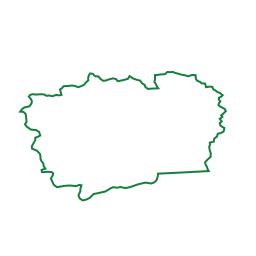 Deputado Irapuan Pinheiro, Ceará, Brazil (Equal Earth projection), rotated 75°
{"feature_id": "56859067B95379226813402", "entity_name": "Deputado Irapuan Pinheiro", "entity_type": "district", "adm_level": 2, "iso_a3": "BRA", "parent_name": "Brazil", "parent_adm1": "Ceará", "projection": "equal_earth", "projection_center": [-39.279, -5.882], "detail": "fine", "context": "isolated", "style": "outline", "palette": "green", "viewbox_px": 256, "rotation_deg": 75, "n_neighbors": 0, "source": "geoboundaries", "source_scale": "gbopen_adm2", "svg_char_len": 2532}
<svg xmlns="http://www.w3.org/2000/svg" viewBox="0 0 256 256"><g transform="rotate(75 128 128)"><path d="M186.3,190.3L186.3,186.7L185.5,182.8L184.0,180.3L182.9,178.3L183.2,173.5L183.3,169.7L183.5,166.6L182.8,163.8L181.8,160.6L181.3,157.5L182.8,154.4L183.1,150.5L185.4,146.0L185.6,141.0L185.3,136.9L185.0,132.6L185.1,130.2L185.3,125.1L187.6,120.1L187.4,117.2L186.4,114.8L184.8,113.2L182.2,111.7L179.9,110.8L183.9,92.3L190.5,61.2L188.4,61.7L185.6,61.9L182.9,62.6L181.1,62.4L179.0,59.2L177.3,55.7L173.8,54.6L170.7,54.8L167.3,54.5L165.3,53.1L163.3,52.8L163.4,48.7L160.6,47.4L159.2,44.2L156.8,42.8L156.9,39.5L156.1,36.6L154.5,35.6L152.9,34.9L151.4,36.6L149.5,38.1L147.0,38.1L145.9,35.8L142.9,37.0L141.7,34.0L139.9,34.7L138.7,32.0L136.9,29.1L134.7,29.6L132.9,31.5L130.8,33.8L129.2,34.7L127.4,33.5L126.1,32.0L124.1,32.9L122.3,32.3L121.9,30.0L120.8,28.1L118.0,30.1L116.3,32.4L114.6,33.6L112.8,35.6L110.1,35.9L109.1,38.6L108.8,42.1L106.7,42.0L104.9,42.2L104.0,45.2L102.2,46.4L100.2,49.0L98.5,49.6L96.7,49.6L94.5,49.0L93.3,52.5L93.7,56.2L91.7,59.6L89.9,63.4L88.5,65.5L87.1,68.1L85.6,69.9L84.9,73.1L84.1,75.6L85.6,78.4L84.6,83.0L84.4,86.1L83.9,88.3L87.4,89.1L90.3,90.5L92.9,89.7L95.2,89.3L97.5,88.5L96.9,91.3L96.3,93.8L95.4,98.7L92.7,100.7L90.7,100.7L88.9,102.5L87.3,103.4L85.4,103.9L83.8,106.9L81.3,110.5L79.8,111.7L78.3,113.1L80.5,115.4L80.5,118.5L80.4,121.8L80.2,125.7L77.6,127.0L76.2,129.6L76.1,133.6L76.4,137.3L75.9,139.9L73.0,142.2L70.5,143.2L69.7,145.9L68.3,147.2L66.6,147.9L65.5,150.4L66.8,152.0L68.9,153.4L71.7,154.0L73.2,157.1L74.9,159.2L75.5,162.6L75.7,165.6L73.7,168.3L72.4,171.2L72.1,173.9L71.6,176.3L71.0,179.5L72.5,181.5L73.2,183.7L76.5,183.7L78.8,183.7L78.6,186.4L77.4,188.9L77.8,192.8L76.2,195.6L75.9,198.2L73.9,200.4L72.9,203.2L72.3,205.9L71.9,208.5L70.7,211.0L70.7,214.0L72.1,215.7L74.9,214.3L77.2,213.9L79.5,215.0L81.6,217.8L81.3,222.6L82.2,225.1L84.3,227.9L85.3,224.9L87.7,223.4L89.6,223.3L93.3,224.0L96.0,224.5L97.7,226.6L100.4,225.5L104.3,222.3L105.2,220.1L106.2,217.3L108.8,214.9L112.6,214.7L113.1,217.2L113.4,220.1L115.9,220.8L117.3,222.3L120.9,225.7L123.1,226.0L126.4,221.8L130.3,219.7L133.2,220.0L135.3,220.5L137.9,220.1L140.3,219.0L142.9,219.3L145.9,218.3L146.1,222.3L148.3,222.6L149.0,220.1L149.5,217.0L150.7,213.4L152.3,212.0L154.1,212.8L156.8,215.6L158.5,215.2L160.8,214.9L163.7,214.4L166.8,211.9L167.2,207.0L167.5,204.3L168.1,200.7L169.0,197.6L170.7,193.3L170.4,189.8L171.3,187.8L174.1,189.6L176.9,190.5L178.8,192.1L180.3,193.3L183.7,192.8L186.3,190.3Z" fill="none" stroke="#15803d" stroke-width="2"/></g></svg>